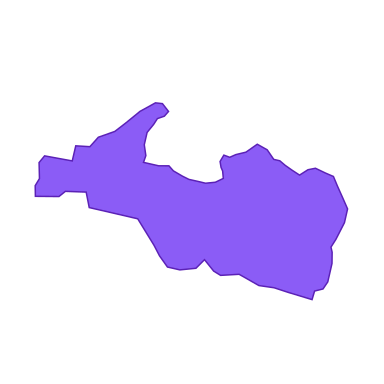 outline of Narpay, Samarkand, Uzbekistan, rotated 192°
{"feature_id": "79887680B24658662729517", "entity_name": "Narpay", "entity_type": "district", "adm_level": 2, "iso_a3": "UZB", "parent_name": "Uzbekistan", "parent_adm1": "Samarkand", "projection": "orthographic", "projection_center": [65.992, 39.862], "detail": "fine", "context": "isolated", "style": "filled", "palette": "violet", "viewbox_px": 384, "rotation_deg": 192, "n_neighbors": 0, "source": "geoboundaries", "source_scale": "gbopen_adm2", "svg_char_len": 1111}
<svg xmlns="http://www.w3.org/2000/svg" viewBox="0 0 384 384"><g transform="rotate(192 192 192)"><path d="M315.6,197.5L343.7,196.7L347.7,189.0L344.0,173.4L346.7,165.6L344.3,155.2L321.2,159.9L316.0,166.3L295.5,169.9L289.3,155.4L239.5,154.5L218.1,132.0L210.5,122.8L200.4,113.5L187.7,113.3L172.3,118.2L165.7,128.4L154.3,119.1L146.7,116.4L128.8,121.3L107.1,114.4L91.8,115.4L76.9,113.8L52.2,111.7L51.5,120.6L43.7,124.4L40.5,132.3L40.2,151.2L42.4,162.2L44.6,167.0L41.4,175.6L36.5,193.7L36.3,207.8L43.2,217.4L50.8,227.8L56.9,236.6L65.4,238.3L76.2,240.9L83.2,237.9L90.3,230.9L98.8,234.2L106.5,237.5L112.6,240.8L118.8,240.9L127.2,248.9L138.1,252.3L147.5,242.2L156.9,237.7L162.3,233.8L168.5,234.7L170.9,227.7L168.7,222.1L166.4,218.9L164.2,211.8L171.2,206.4L180.6,203.4L187.6,203.6L197.6,203.7L204.6,205.5L214.6,208.8L220.0,212.8L230.1,210.7L245.6,210.9L244.7,218.0L248.5,228.3L248.3,240.9L243.5,250.3L241.1,256.6L234.8,260.4L231.7,265.9L239.3,272.3L246.3,271.6L259.6,260.1L265.2,253.1L271.5,245.3L280.1,235.2L295.0,226.1L301.3,215.1L315.3,213.0L315.6,197.5Z" fill="#8b5cf6" stroke="#5b21b6" stroke-width="1.5"/></g></svg>